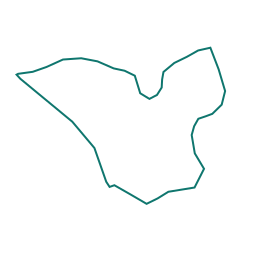 the District of Siyəzən, rotated 171°
{"feature_id": "AZE-1712", "entity_name": "Siyəzən", "entity_type": "District", "adm_level": 1, "iso_a3": "AZE", "parent_name": "Azerbaijan", "parent_adm1": "", "projection": "albers", "projection_center": [49.056, 41.028], "detail": "fine", "context": "isolated", "style": "outline", "palette": "teal", "viewbox_px": 256, "rotation_deg": 171, "n_neighbors": 0, "source": "natural_earth", "source_scale": "10m", "svg_char_len": 639}
<svg xmlns="http://www.w3.org/2000/svg" viewBox="0 0 256 256"><g transform="rotate(171 128 128)"><path d="M155.4,72.7L157.9,78.3L164.3,113.5L182.0,142.9L226.6,193.4L229.7,198.1L228.1,198.7L213.3,198.4L199.0,201.0L181.5,205.8L163.3,204.2L147.7,198.6L132.8,189.1L122.4,185.1L113.1,178.6L110.5,160.4L102.3,153.4L94.2,156.1L88.4,162.7L86.7,170.6L84.2,177.8L72.1,185.0L58.7,189.1L46.6,193.6L34.1,194.4L29.3,171.8L26.3,149.3L31.8,136.4L42.5,128.8L49.5,127.4L57.1,126.1L62.4,119.4L66.2,111.1L66.0,92.5L59.3,75.8L71.6,58.8L98.1,58.7L109.8,53.8L121.5,50.2L135.7,61.8L150.4,73.6L155.4,72.7Z" fill="none" stroke="#0f766e" stroke-width="2"/></g></svg>